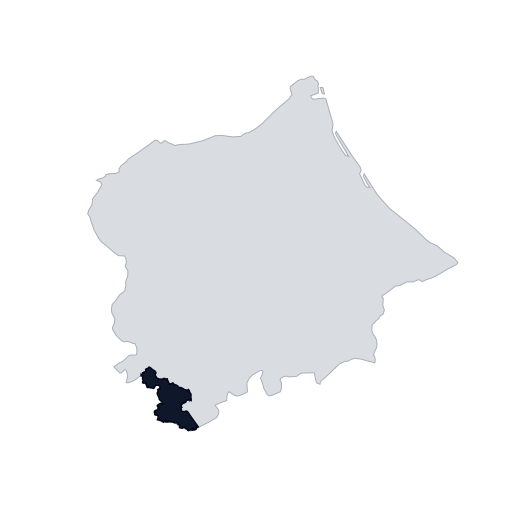 Folon, Denguélé, Ivory Coast (highlighted), rotated 243°
{"feature_id": "98640826B69523806833990", "entity_name": "Folon", "entity_type": "district", "adm_level": 2, "iso_a3": "CIV", "parent_name": "Ivory Coast", "parent_adm1": "Denguélé", "projection": "robinson", "projection_center": [-7.378, 10.084], "detail": "fine", "context": "in_parent", "style": "filled", "palette": "ink", "viewbox_px": 512, "rotation_deg": 243, "n_neighbors": 0, "source": "geoboundaries", "source_scale": "gbopen_adm2", "svg_char_len": 9213}
<svg xmlns="http://www.w3.org/2000/svg" viewBox="0 0 512 512"><g transform="rotate(243 256 256)"><path d="M137.0,110.3L138.5,110.2L142.2,109.0L145.6,106.2L148.8,100.3L153.1,95.6L157.9,95.9L159.4,95.0L161.1,94.9L163.1,98.0L165.1,100.4L166.6,100.4L167.6,104.9L176.5,106.8L180.3,108.0L183.4,111.3L184.5,111.3L185.9,110.7L186.9,109.5L187.1,108.3L185.8,105.3L186.4,102.7L187.8,100.3L190.1,100.1L193.5,99.5L197.4,99.5L200.3,99.9L201.5,97.5L200.4,90.9L200.7,87.2L201.2,84.1L202.2,82.9L206.6,86.7L210.6,88.1L213.5,88.3L214.3,87.5L213.0,83.3L213.4,82.0L214.4,81.3L216.3,80.8L221.4,79.1L221.9,79.4L222.9,86.1L222.5,88.3L223.5,92.9L224.9,97.1L224.8,98.8L223.7,101.4L222.4,103.8L222.5,104.8L224.6,106.4L228.5,108.1L232.5,108.5L234.7,106.0L237.1,104.0L238.7,102.2L239.2,99.6L241.8,97.7L249.1,95.2L255.8,94.9L257.4,95.6L260.5,99.3L264.3,101.9L270.2,101.6L274.4,103.1L278.1,105.9L280.6,112.2L283.3,116.7L284.5,123.2L288.7,126.6L292.1,128.1L296.6,132.8L301.3,135.2L306.1,134.7L308.4,137.1L312.0,138.8L315.6,139.0L318.8,133.6L323.0,131.4L333.6,127.1L337.8,125.1L342.1,123.9L352.3,123.5L361.8,124.8L366.5,125.8L369.7,125.1L372.8,127.7L376.0,133.1L378.6,134.8L381.3,136.7L383.2,140.9L385.5,145.1L386.8,147.0L389.7,151.2L392.1,151.2L394.5,149.4L395.6,148.1L396.0,150.8L395.1,155.3L395.3,158.1L396.7,159.1L395.9,162.7L393.1,168.7L393.1,172.3L395.9,173.4L397.9,177.2L399.1,183.7L400.3,185.9L400.4,187.2L402.5,203.0L405.0,218.7L403.5,220.8L401.3,221.4L399.9,222.1L399.5,223.6L400.4,225.8L399.8,227.7L397.1,229.1L391.2,234.1L390.8,236.1L389.2,240.4L387.9,243.0L386.0,247.8L383.0,260.6L381.9,271.2L381.7,274.5L380.5,276.8L379.2,280.0L372.8,289.1L369.5,296.6L370.0,299.8L370.1,303.0L369.2,305.4L369.4,311.6L370.2,316.9L371.3,322.0L376.0,336.6L378.5,345.5L380.0,352.6L381.3,357.4L382.6,359.3L383.1,361.2L390.0,362.5L391.3,363.6L393.3,372.9L392.9,377.1L391.6,378.7L391.6,382.2L391.3,386.6L390.3,388.4L386.5,388.6L383.8,390.3L380.4,389.6L380.0,388.5L378.2,388.1L373.0,385.6L373.9,377.5L371.5,377.2L369.6,378.3L366.0,388.0L364.3,389.6L338.7,384.6L333.1,380.6L326.4,379.7L314.8,380.2L305.3,381.3L302.5,383.8L326.7,382.4L329.3,382.6L330.5,384.1L299.9,387.3L288.3,389.2L284.8,388.7L282.2,385.6L269.5,385.2L266.9,386.2L265.4,388.5L270.4,388.0L278.2,387.9L280.3,389.6L255.7,391.9L238.6,396.3L231.4,399.5L207.6,410.1L193.0,415.1L189.2,417.0L182.6,422.2L174.1,425.4L164.6,431.5L158.7,432.9L157.4,431.0L157.3,420.6L156.5,406.8L156.8,401.5L157.6,396.5L157.6,392.4L160.5,390.9L161.2,389.1L161.7,383.8L164.4,378.9L164.4,370.4L165.2,368.6L165.9,366.3L164.7,360.7L163.2,350.2L162.4,349.5L161.8,349.9L160.3,350.1L154.3,346.5L149.7,345.9L146.4,342.8L146.2,339.2L144.6,337.1L143.6,333.0L141.9,328.3L137.4,325.5L133.1,324.8L130.1,325.4L126.5,325.2L122.4,323.7L119.6,321.9L117.0,318.4L114.5,315.7L112.5,316.0L110.1,315.4L107.7,314.1L107.0,313.2L116.9,302.2L120.2,296.9L120.6,293.6L120.6,290.3L121.7,286.9L122.0,281.7L116.5,263.0L115.1,257.2L113.7,255.5L112.7,254.8L115.5,252.4L119.3,253.1L125.2,254.9L126.4,253.1L130.9,243.6L130.8,240.1L130.3,237.7L132.9,231.2L135.0,228.7L136.0,226.0L135.7,222.3L134.2,220.9L132.1,221.2L129.7,220.3L125.9,218.1L124.0,216.2L124.6,207.7L125.0,205.0L126.3,203.5L128.3,203.1L134.1,202.8L138.8,203.8L142.9,204.4L145.2,204.4L146.9,206.9L149.3,209.5L151.4,209.5L152.1,207.6L151.6,199.1L150.2,194.6L147.1,190.3L138.9,186.7L138.7,181.5L139.6,175.9L141.3,173.9L147.4,170.3L146.3,168.4L144.4,166.4L140.5,164.4L141.4,157.7L141.6,151.7L138.4,152.4L135.0,152.7L132.2,150.9L129.9,147.3L129.4,137.4L129.4,125.9L129.0,120.8L129.9,118.1L132.8,115.6L135.9,112.3L137.0,110.3ZM377.1,389.8L375.7,392.0L369.2,390.6L370.8,388.7L377.1,389.8Z" fill="#d9dde1" stroke="#a8b0b8" stroke-width="1"/><path d="M201.7,99.3L201.5,99.6L201.2,99.8L201.0,100.1L200.9,100.2L199.6,100.0L198.9,99.8L198.5,99.4L198.1,99.1L196.2,99.0L195.8,98.6L195.6,98.0L194.8,97.6L193.9,97.7L193.8,97.9L193.9,98.7L193.7,99.0L193.4,99.2L193.3,99.6L193.2,99.6L192.9,99.4L192.4,99.9L192.0,99.9L191.9,100.1L191.5,100.1L191.0,99.6L190.1,100.0L189.6,99.6L189.3,99.5L189.1,99.6L188.6,99.4L188.4,99.4L188.0,99.8L187.6,100.7L187.2,101.1L187.2,101.4L186.8,102.2L186.6,102.4L186.2,102.4L186.0,102.9L185.2,103.9L185.1,104.3L184.5,104.7L184.5,105.0L186.2,107.5L185.7,109.6L184.8,110.5L183.8,111.0L182.9,111.1L181.8,110.3L181.5,110.4L181.2,110.2L181.2,109.8L181.8,108.5L181.5,107.7L180.1,107.5L178.9,105.9L178.5,105.6L177.7,105.4L172.6,105.1L172.0,104.7L171.7,104.8L170.7,105.3L170.4,105.3L169.4,106.0L169.1,106.2L166.9,105.6L166.5,104.9L167.5,104.8L167.9,104.4L168.0,103.5L168.0,102.2L167.9,101.1L167.5,100.1L166.8,99.9L165.8,100.0L165.1,100.7L164.8,100.7L164.5,100.7L164.4,100.6L164.5,100.3L164.8,100.2L164.4,99.2L164.3,98.9L164.1,98.8L164.0,98.3L163.7,97.8L163.7,97.3L163.5,96.9L163.7,96.4L164.1,96.2L163.7,95.5L163.8,95.2L163.7,95.1L163.2,94.6L162.9,94.7L161.1,94.0L160.4,93.9L160.0,94.3L159.5,94.9L159.2,95.3L159.1,96.0L158.9,96.3L158.5,96.3L158.0,96.0L157.2,95.9L156.6,95.6L154.9,93.8L153.8,95.1L152.6,96.2L152.5,96.5L151.8,97.2L151.5,97.3L150.8,97.3L150.5,97.9L149.9,98.2L149.8,98.3L149.9,98.5L150.3,98.7L150.5,99.0L150.7,99.7L150.6,100.1L150.4,100.3L150.1,100.4L149.3,100.1L148.9,100.4L148.9,100.6L149.0,101.0L149.1,101.5L148.7,101.7L148.1,102.0L148.1,102.3L148.6,102.2L148.8,102.2L149.0,102.4L148.9,102.7L148.5,103.1L148.3,103.5L147.5,103.9L147.3,104.1L146.7,105.2L146.4,106.1L146.2,106.1L145.7,106.5L145.1,107.0L144.9,107.6L144.7,107.6L144.2,107.9L144.1,108.2L143.9,108.5L143.8,108.8L143.6,109.1L143.4,109.5L143.2,109.8L142.9,110.0L141.9,110.0L141.0,110.3L140.8,110.6L140.3,110.8L140.0,111.1L138.7,110.9L138.1,110.4L138.0,110.0L137.6,110.1L137.5,110.3L137.0,111.4L136.6,111.5L136.3,111.7L136.0,112.0L136.2,112.8L136.1,114.3L135.7,114.4L134.1,115.2L133.7,115.7L133.4,115.5L132.8,116.0L132.0,116.0L131.3,116.3L131.0,116.7L131.1,118.0L130.9,118.5L130.4,119.3L130.1,120.0L129.7,120.3L129.5,120.6L129.7,120.9L130.2,121.2L130.7,120.7L130.8,120.6L131.0,120.7L131.3,121.1L131.2,121.7L130.9,121.9L130.3,121.9L130.1,122.3L129.7,122.4L129.3,122.4L129.2,122.3L129.0,122.2L128.9,122.4L129.3,122.7L129.3,123.1L128.9,123.2L128.8,123.6L129.2,124.4L129.5,124.5L130.1,124.1L130.3,124.3L130.2,124.6L130.6,124.7L130.7,124.9L130.7,125.4L130.4,126.0L130.0,126.0L129.8,126.2L129.8,126.6L130.2,127.0L130.4,126.9L130.6,126.8L131.2,126.8L131.6,126.6L131.8,126.7L144.0,124.9L148.2,124.4L148.7,123.9L149.2,123.9L149.6,123.3L149.7,123.2L149.5,122.7L149.5,122.3L150.5,120.3L150.8,119.9L151.3,119.5L151.8,119.4L152.5,119.7L153.2,119.4L153.4,119.5L153.8,119.9L154.6,120.3L154.8,120.7L154.8,121.1L155.2,121.0L155.5,121.2L156.0,121.1L157.0,121.4L157.1,121.9L157.5,122.0L157.4,122.3L157.6,122.4L157.7,122.5L157.3,123.2L157.8,122.8L158.0,122.8L158.1,123.2L157.8,123.4L157.7,123.5L157.9,123.8L157.8,124.4L158.3,124.3L158.5,124.7L158.4,124.8L158.1,124.6L158.1,124.8L157.8,125.0L158.1,125.2L158.0,125.4L158.2,125.5L158.3,125.7L158.3,125.8L158.0,125.8L158.0,126.1L157.6,126.3L157.8,126.3L157.9,126.5L157.6,126.7L157.6,126.8L157.8,127.3L158.1,127.3L158.4,127.1L158.5,127.2L158.5,127.3L158.4,127.4L158.4,127.6L158.6,127.8L158.6,128.1L158.8,128.2L159.1,128.3L159.2,128.5L158.9,128.7L158.9,129.1L158.5,129.8L158.6,130.2L158.4,130.4L158.5,130.9L158.3,131.1L158.2,131.6L157.9,131.4L157.8,131.7L157.4,131.6L157.5,131.8L157.4,131.9L157.5,132.0L157.4,132.1L157.0,132.3L156.9,132.3L156.6,132.6L157.5,133.1L158.2,133.3L158.4,133.5L158.8,133.3L159.5,133.7L159.8,133.7L159.9,133.8L160.0,134.0L161.1,134.6L161.5,135.0L162.4,135.3L163.6,135.3L164.4,134.9L164.8,134.9L165.3,135.2L165.6,135.1L166.1,135.4L166.5,135.5L166.8,135.2L167.8,135.1L167.8,134.9L167.7,134.8L167.7,134.6L167.5,133.9L167.7,133.2L168.4,133.0L169.3,131.8L171.4,130.5L172.4,129.7L172.6,129.6L172.9,129.3L172.9,128.9L173.6,128.4L173.7,128.0L174.1,127.5L174.5,127.2L175.7,127.3L176.0,127.2L176.7,126.7L176.9,126.4L177.2,126.1L177.5,126.1L177.7,125.6L177.9,125.5L178.1,125.3L178.4,125.1L178.7,124.8L179.3,124.6L179.5,124.5L179.8,124.6L180.0,124.4L180.4,124.4L180.5,124.1L180.8,123.9L180.7,123.7L180.5,123.4L180.6,122.7L180.8,122.5L180.8,122.3L180.6,122.0L180.6,121.7L180.7,121.3L181.1,121.2L181.1,120.9L181.2,120.5L181.6,120.5L183.4,120.9L184.3,120.8L185.1,120.8L186.6,121.0L186.9,121.1L187.1,120.5L187.4,119.7L187.9,119.5L188.1,119.3L188.4,118.8L188.5,118.4L188.9,118.0L188.9,117.5L188.9,117.2L188.7,116.9L188.8,116.6L188.7,116.3L188.8,116.0L189.0,115.7L189.6,115.4L189.6,115.0L190.1,114.2L190.3,113.9L190.4,113.6L190.8,113.6L191.0,113.4L191.3,112.8L191.3,112.6L191.7,112.7L191.9,112.5L192.1,112.3L192.4,112.1L192.6,112.2L192.7,112.3L192.9,112.2L193.4,112.1L193.6,112.0L193.6,111.7L194.0,111.9L194.2,112.2L194.4,112.1L194.6,111.7L195.0,111.8L195.3,112.0L195.8,112.0L196.4,112.7L197.0,113.5L197.2,113.8L197.8,113.9L199.6,113.7L201.2,112.5L204.2,111.3L205.3,110.6L205.6,110.1L205.2,109.5L205.1,108.9L205.2,106.5L205.1,106.4L205.0,106.2L204.8,106.2L204.6,106.0L204.2,106.2L203.8,106.1L203.7,106.0L203.4,105.8L203.5,105.6L203.3,105.5L203.3,105.3L203.2,105.2L203.2,104.7L203.3,104.1L203.1,103.7L203.1,103.4L203.4,103.2L203.3,102.9L203.3,102.6L203.3,102.2L203.1,102.3L203.1,102.0L203.0,101.9L202.6,102.0L202.7,101.7L202.6,101.2L202.3,100.7L202.4,100.3L202.3,100.2L202.0,100.1L202.1,99.9L201.9,99.5L202.0,99.5L201.7,99.3Z" fill="#0f172a" stroke="#020617" stroke-width="1.5"/></g></svg>